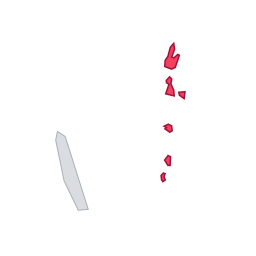 Vanuatu shown with its bordering countries, rotated 31°
{"feature_id": "VUT", "entity_name": "Vanuatu", "entity_type": "country or territory", "adm_level": 0, "iso_a3": "VUT", "parent_name": "Oceania", "parent_adm1": "", "projection": "robinson", "projection_center": [167.975, -16.976], "detail": "coarse", "context": "with_neighbors", "style": "filled", "palette": "rose", "viewbox_px": 256, "rotation_deg": 31, "n_neighbors": 1, "source": "natural_earth", "source_scale": "50m", "svg_char_len": 889}
<svg xmlns="http://www.w3.org/2000/svg" viewBox="0 0 256 256"><g transform="rotate(31 128 128)"><path d="M78.5,167.6L135.8,218.2L127.7,224.1L100.5,206.3L72.3,175.7L69.3,167.3L78.5,167.6Z" fill="#d9dde1" stroke="#a8b0b8" stroke-width="1"/><path d="M127.4,36.5L128.9,44.7L131.3,44.2L132.7,39.3L134.6,39.2L137.3,51.7L135.0,55.1L127.8,56.4L125.0,50.8L125.3,46.0L122.7,37.0L123.6,31.9L127.4,36.5ZM141.9,67.9L147.7,72.0L151.1,76.7L142.7,79.3L140.6,69.4L137.7,69.4L136.3,67.5L137.3,62.7L140.3,63.5L141.9,67.9ZM183.4,138.4L181.5,139.5L175.9,136.7L176.5,131.0L179.3,130.7L183.4,138.4ZM164.3,103.7L167.3,107.6L166.0,110.1L160.1,109.7L160.6,107.8L158.0,107.9L160.5,104.0L164.3,103.7ZM161.0,73.9L155.1,73.4L153.1,71.2L158.2,67.6L161.0,73.9ZM186.7,153.3L185.6,156.0L183.6,155.3L180.8,151.7L181.5,148.4L183.4,148.0L183.9,151.2L186.7,153.3Z" fill="#f43f5e" stroke="#9f1239" stroke-width="1.5"/></g></svg>